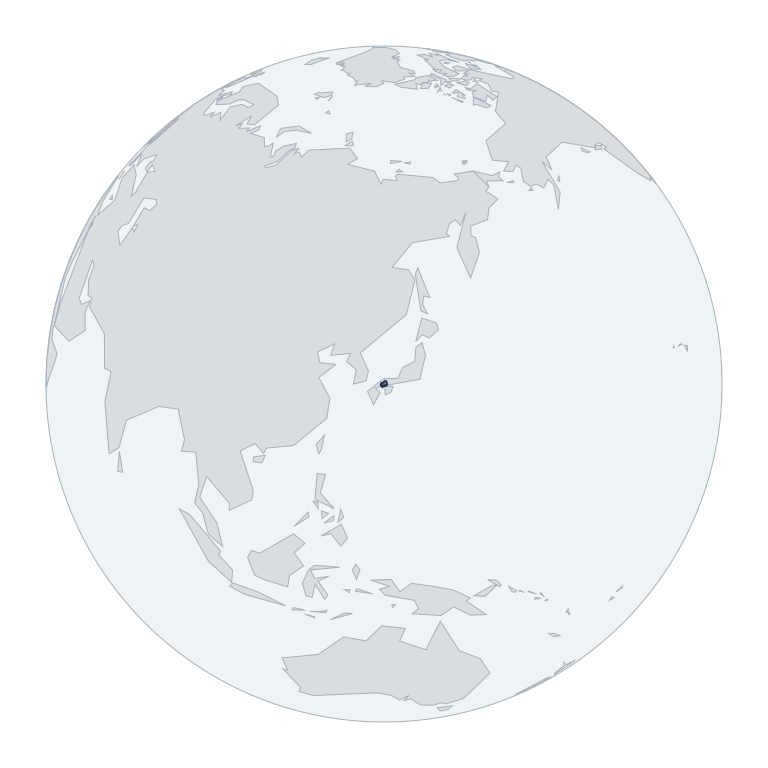 Hiroshima on an orthographic globe
{"feature_id": "JPN-1821", "entity_name": "Hiroshima", "entity_type": "Prefecture", "adm_level": 1, "iso_a3": "JPN", "parent_name": "Japan", "parent_adm1": "", "projection": "orthographic", "projection_center": [132.763, 34.576], "detail": "fine", "context": "on_globe", "style": "filled", "palette": "slate", "viewbox_px": 768, "rotation_deg": 0, "n_neighbors": 0, "source": "natural_earth", "source_scale": "10m", "svg_char_len": 13257}
<svg xmlns="http://www.w3.org/2000/svg" viewBox="0 0 768 768"><circle cx="384" cy="384" r="338" fill="#eef3f6" stroke="#a8b0b8"/><path d="M622.4,586.1L622.2,587.7L621.8,588.1L622.4,586.1ZM650.3,176.0L649.4,175.1L651.9,178.0L656.2,183.8L650.3,177.5L650.5,180.8L635.2,171.5L603.9,148.9L606.6,147.2L598.7,142.7L594.9,145.0L594.3,147.7L562.2,142.1L546.0,156.9L551.8,169.7L541.9,161.3L560.2,192.1L558.4,209.4L553.8,185.1L548.1,179.3L543.6,188.0L536.8,184.0L530.7,186.3L523.1,181.0L520.9,168.3L516.0,164.9L513.0,171.5L503.5,171.0L508.6,161.7L492.4,160.2L485.9,140.7L505.7,123.5L495.5,111.6L498.4,92.1L491.5,90.9L488.3,84.0L479.1,80.4L482.3,78.7L472.3,77.4L471.2,79.8L466.4,80.2L460.9,78.5L464.0,75.7L467.1,76.1L465.2,74.5L469.1,74.0L464.0,73.3L468.4,70.7L456.0,71.0L452.7,67.0L457.8,65.9L467.7,69.1L504.2,77.3L512.4,78.7L514.0,76.8L494.9,65.9L499.6,66.9L498.3,66.0L490.9,63.5L489.3,63.6L475.2,59.7L474.9,61.1L469.1,60.1L464.5,61.1L454.0,58.0L446.2,54.7L449.4,54.0L446.1,52.8L433.9,51.6L431.1,49.5L422.8,48.3L446.8,52.0L470.6,57.4L493.9,64.4L516.6,73.2L538.6,83.5L559.9,95.5L580.2,108.9L599.5,123.7L617.7,139.9L634.7,157.4L650.3,176.0ZM687.2,351.2L684.4,345.1L687.7,345.7L687.2,351.2ZM681.6,343.6L682.8,345.2L681.6,344.3L681.6,343.6ZM680.0,344.5L681.1,343.9L680.1,345.3L680.0,344.5ZM678.1,346.6L679.0,345.1L679.0,345.6L678.1,346.6ZM674.3,347.6L673.2,347.7L673.8,345.7L674.3,347.6ZM595.1,149.8L595.6,145.6L601.5,145.4L601.9,149.2L595.1,149.8ZM582.8,151.4L581.1,147.8L590.0,151.8L588.3,152.6L582.8,151.4ZM557.4,180.3L559.0,175.5L559.8,181.7L557.4,180.3ZM531.3,187.6L532.9,190.4L529.1,190.5L531.3,187.6ZM470.6,62.9L467.7,62.0L470.1,62.3L470.6,62.9ZM471.5,64.4L476.4,65.4L477.5,66.3L474.5,65.7L471.5,64.4ZM513.8,182.7L507.0,182.4L513.5,180.4L513.8,182.7ZM465.2,63.2L478.9,67.8L480.7,69.4L470.7,68.8L465.2,63.2ZM502.9,180.7L486.6,181.0L488.9,186.9L473.1,171.0L492.2,175.6L499.8,172.0L498.6,177.0L502.9,180.7ZM473.2,81.3L474.1,78.7L478.4,82.5L473.2,81.3ZM477.1,83.8L497.0,96.6L492.9,100.2L487.1,94.9L485.8,101.5L473.9,96.8L472.0,92.2L477.0,90.6L468.6,90.2L477.1,83.8ZM466.9,162.7L462.6,161.1L466.7,160.4L466.9,162.7ZM464.8,80.7L469.2,82.7L466.0,85.9L456.5,82.5L460.6,82.5L464.8,80.7ZM491.2,105.7L487.1,107.9L476.4,104.6L473.4,105.1L473.3,97.1L491.2,105.7ZM458.6,80.9L451.9,80.8L448.4,77.9L460.3,79.0L458.6,80.9ZM469.1,88.3L467.1,89.7L465.1,87.7L469.1,88.3ZM432.4,68.7L437.7,70.4L436.5,72.1L432.4,68.7ZM449.6,81.0L450.8,82.0L450.9,83.0L445.9,82.4L449.6,81.0ZM465.7,95.6L462.1,93.9L465.2,98.6L457.3,96.8L458.7,92.0L454.8,93.3L452.4,92.8L456.2,89.5L465.7,95.6ZM441.1,85.1L440.1,79.0L430.5,75.1L431.4,73.3L446.7,80.1L441.1,85.1ZM449.6,87.9L444.5,85.6L448.2,84.3L453.9,85.0L449.6,87.9ZM451.5,97.5L463.2,101.5L462.5,102.5L451.5,97.5ZM437.6,84.1L437.9,85.6L436.5,83.9L437.6,84.1ZM446.4,93.5L450.7,94.7L449.7,95.7L446.4,93.5ZM435.0,87.9L434.7,85.8L438.5,86.1L435.0,87.9ZM439.6,90.7L437.3,91.9L440.1,87.4L441.7,91.0L439.6,90.7ZM444.8,94.3L445.7,95.3L443.2,93.7L444.8,94.3ZM420.4,88.4L423.0,82.8L431.6,83.3L427.9,88.6L420.4,88.4ZM117.0,176.9L116.7,177.3L119.3,174.8L102.4,201.8L97.8,215.1L114.7,200.2L122.3,177.7L134.0,164.9L136.2,174.9L131.1,196.5L135.5,192.3L147.4,172.1L155.1,171.4L152.6,164.9L147.0,171.7L145.3,168.3L150.3,162.0L152.8,161.7L156.8,154.5L143.7,159.0L136.7,166.4L141.9,153.8L130.6,165.3L128.9,165.4L147.2,146.2L152.2,142.4L179.0,118.6L174.2,121.2L148.6,144.3L152.6,139.8L146.0,144.9L154.2,137.5L183.4,113.0L194.0,104.6L193.9,104.6L212.9,92.6L215.1,91.4L232.9,81.9L224.4,86.5L228.9,84.5L221.6,89.1L224.2,90.5L218.7,95.5L232.3,91.8L231.3,94.2L223.6,95.4L215.3,99.5L203.2,113.9L204.5,115.4L214.3,112.3L209.7,117.2L220.8,112.4L219.9,120.4L230.2,107.0L241.9,104.4L248.3,107.5L254.0,104.6L243.7,99.7L237.9,100.0L230.0,104.0L215.9,104.7L217.4,100.9L239.1,92.1L243.5,86.3L258.5,83.2L277.1,96.4L278.5,105.0L254.5,124.8L247.0,123.9L251.8,115.9L235.8,125.8L242.6,123.7L238.9,128.3L249.1,128.0L247.0,131.3L260.5,125.8L259.0,129.9L250.4,133.3L264.3,137.6L264.5,146.5L268.7,146.0L273.2,143.0L270.4,156.9L273.7,156.0L275.8,151.0L283.6,146.2L296.3,143.4L294.7,148.4L289.9,150.0L277.3,161.5L264.7,166.0L265.4,167.8L275.9,165.2L291.2,151.0L299.3,148.1L293.1,155.0L296.0,152.2L299.5,152.3L301.5,157.3L308.8,150.1L349.7,148.1L357.6,158.6L347.5,164.3L374.4,171.1L381.1,184.3L383.1,179.4L397.3,180.6L395.4,176.3L397.4,174.2L433.0,177.5L440.0,182.9L457.6,180.6L458.6,178.3L454.3,174.0L473.1,171.0L488.9,186.9L485.8,191.1L497.9,199.0L489.1,207.9L487.4,219.6L470.8,226.1L470.9,235.5L475.7,237.6L479.4,252.7L470.6,277.9L456.8,247.9L465.9,212.3L460.4,225.5L455.4,220.0L449.6,223.4L446.3,233.5L449.7,236.2L412.5,242.7L392.0,267.5L408.6,269.7L415.0,280.1L406.2,314.7L360.3,352.9L368.4,370.7L366.3,380.7L353.5,384.1L356.2,369.5L346.8,361.7L350.3,353.4L330.6,355.4L334.8,343.8L317.5,351.9L319.8,362.6L335.6,364.5L318.8,377.6L329.9,398.1L326.8,418.2L293.6,445.5L266.3,448.1L263.7,453.6L255.1,443.5L240.2,451.0L253.3,490.5L251.7,499.9L229.2,510.4L229.3,503.3L206.6,476.5L199.7,497.1L216.8,522.8L222.6,546.2L208.3,534.1L202.7,513.1L194.7,503.0L198.8,484.6L195.8,452.2L181.5,451.2L184.5,439.7L178.2,409.1L158.6,406.5L126.4,420.2L118.9,447.8L109.1,453.8L104.9,401.7L111.1,371.6L104.5,368.2L104.4,333.9L89.5,306.8L91.9,297.6L88.1,295.5L88.7,279.8L94.2,265.5L92.5,260.1L79.2,298.2L81.5,304.4L89.8,300.7L85.1,312.3L85.1,330.4L68.9,341.3L54.3,325.5L60.5,303.3L88.8,229.2L92.2,224.9L92.6,224.2L93.5,222.9L88.2,228.8L95.7,215.7L72.3,261.5L65.1,278.5L54.0,326.1L53.1,327.3L51.9,339.7L57.0,353.3L55.4,359.8L48.3,380.1L46.1,388.0L46.7,362.8L49.3,337.8L53.6,312.9L59.9,288.5L67.9,264.6L77.7,241.4L89.1,218.9L102.3,197.4L117.0,176.9ZM117.9,231.3L119.9,245.3L132.5,227.5L134.3,231.7L137.9,224.4L133.4,226.2L144.2,207.8L150.0,210.5L156.6,204.4L156.2,199.5L144.0,197.9L128.4,223.6L122.2,225.5L117.9,231.3ZM260.7,71.3L254.0,74.1L250.5,74.8L257.5,70.9L262.6,69.6L260.7,71.3ZM245.2,78.2L264.9,72.0L261.3,74.9L260.0,74.2L255.6,76.7L252.4,76.4L229.8,86.3L225.3,87.7L240.7,78.3L238.1,80.2L244.8,77.0L245.2,78.2ZM321.2,58.3L329.7,57.7L311.0,64.5L305.3,64.4L311.9,59.9L322.5,57.4L321.2,58.3ZM444.8,62.1L449.3,62.9L448.4,63.5L444.0,63.3L444.8,62.1ZM435.0,69.3L424.5,59.8L429.1,60.0L417.5,55.2L425.0,54.2L432.3,57.1L429.3,53.3L438.9,55.6L435.6,53.1L451.0,59.8L459.4,62.4L447.1,59.8L440.0,60.5L439.5,61.6L444.3,66.9L459.0,73.7L454.3,76.2L447.0,76.3L442.8,75.0L447.2,73.6L438.3,73.0L441.5,70.0L435.0,69.3ZM365.0,86.3L371.9,83.2L354.6,85.2L357.7,80.7L355.5,81.3L353.5,77.9L347.4,75.1L350.3,73.3L346.6,73.0L345.3,71.1L341.3,70.3L345.0,67.0L340.4,65.9L344.8,65.1L335.9,64.1L344.2,63.5L343.3,61.6L335.7,63.2L365.9,51.9L372.1,49.0L372.7,47.4L386.9,47.6L395.5,49.8L399.4,53.7L391.4,57.0L399.3,56.9L397.8,58.7L392.1,58.0L399.9,60.2L397.2,61.6L400.6,67.6L413.5,70.9L415.1,73.6L408.7,73.0L414.8,76.1L403.7,77.0L404.6,79.1L394.6,82.6L381.7,80.9L383.6,83.5L376.1,86.7L365.0,86.3ZM417.3,89.2L401.2,87.3L394.9,84.3L415.0,79.7L415.7,77.7L428.4,75.5L437.2,80.3L432.7,80.4L430.5,81.6L428.6,79.6L428.4,82.2L422.3,82.6L420.5,84.8L415.8,83.5L417.3,89.2ZM154.2,136.4L151.3,139.3L148.0,142.9L143.8,146.6L154.2,136.4ZM168.1,124.0L173.9,119.4L172.1,121.0L164.5,127.1L167.2,124.8L168.1,124.0ZM177.6,117.1L172.6,120.6L177.2,117.1L177.6,117.1ZM222.6,97.0L221.5,98.9L218.8,100.1L216.5,100.3L222.6,97.0ZM314.5,94.2L319.4,92.2L320.7,92.9L332.7,91.9L331.4,95.5L323.7,97.6L314.5,94.2ZM112.3,199.6L109.8,199.3L112.2,195.4L112.5,196.2L112.3,199.6ZM124.6,170.8L118.7,179.5L123.6,171.7L124.6,170.8ZM315.1,98.0L320.2,97.0L316.4,99.5L315.1,98.0ZM331.1,98.3L327.7,101.2L332.7,95.9L331.1,98.3ZM304.5,613.9L314.9,616.9L314.6,618.0L304.5,613.9ZM293.7,607.5L305.2,610.3L291.9,609.7L293.7,607.5ZM309.8,611.4L321.6,611.3L326.7,610.2L326.0,612.5L309.8,611.4ZM285.9,605.9L245.2,594.5L229.6,586.2L232.9,583.0L258.2,592.0L285.9,605.9ZM231.7,582.4L208.3,561.1L179.4,508.9L189.7,514.5L220.6,551.3L218.5,554.6L232.6,570.0L231.7,582.4ZM289.7,575.3L287.6,586.8L264.8,579.9L254.6,575.1L247.6,557.4L251.5,550.5L259.7,553.2L293.6,533.8L305.0,543.4L294.1,552.8L303.6,565.9L289.7,575.3ZM119.4,451.3L122.6,472.2L117.7,471.4L119.4,451.3ZM308.9,516.7L294.2,526.3L308.1,512.1L308.9,516.7ZM318.0,502.1L318.1,508.8L313.2,501.3L318.0,502.1ZM261.9,462.8L253.1,461.7L253.6,456.8L265.2,455.5L261.9,462.8ZM324.3,435.2L321.4,449.4L318.8,453.8L316.1,444.3L324.3,435.2ZM311.4,133.3L296.0,130.2L284.1,131.6L276.1,137.5L280.9,128.3L299.2,126.1L311.4,133.3ZM345.2,145.5L352.1,141.1L353.6,144.5L352.2,146.0L345.2,145.5ZM346.2,141.7L346.4,133.8L353.2,132.4L351.7,138.9L346.2,141.7ZM330.0,114.1L325.6,112.8L328.8,110.6L330.0,114.1ZM545.8,678.4L551.0,676.5L541.7,682.2L528.3,689.2L514.5,695.0L545.8,678.4ZM440.3,711.0L437.2,707.7L452.4,705.8L448.4,709.4L440.3,711.0ZM555.3,672.6L563.4,666.3L564.0,662.1L566.1,664.7L575.5,660.0L554.4,674.7L555.3,672.6ZM376.8,692.8L313.6,695.6L298.9,691.5L300.6,687.5L283.1,668.9L287.7,670.3L282.2,657.9L318.4,654.4L343.6,636.9L366.1,640.9L381.7,625.9L405.5,628.4L399.6,641.0L425.8,649.8L440.3,621.2L459.3,650.7L480.4,658.7L489.9,673.2L463.5,698.5L445.5,704.0L440.7,702.8L433.6,705.1L420.5,705.0L410.5,698.7L403.6,700.8L409.0,695.5L399.6,700.2L391.5,695.4L376.8,692.8ZM548.7,633.6L553.0,633.2L560.6,635.6L553.7,636.7L548.7,633.6ZM611.7,596.7L614.2,597.7L609.5,600.4L611.7,596.7ZM621.8,588.1L616.2,591.7L622.4,586.1L621.8,588.1ZM567.9,612.3L570.3,613.4L568.6,614.5L567.9,612.3ZM566.1,612.2L568.2,608.7L568.3,611.6L566.1,612.2ZM544.6,601.1L546.9,599.0L548.1,600.0L544.6,601.1ZM330.2,619.7L344.3,613.2L352.4,613.5L330.2,619.7ZM540.8,598.4L534.6,599.2L535.1,597.4L540.8,598.4ZM540.9,594.4L540.0,592.1L544.3,596.9L540.9,594.4ZM528.8,591.0L536.5,594.1L528.0,591.7L528.8,591.0ZM524.4,592.3L519.0,591.1L519.4,590.3L524.4,592.3ZM466.4,601.2L486.2,614.5L470.9,615.2L453.5,606.9L441.1,615.5L412.3,613.7L418.5,608.6L414.3,600.3L385.3,595.2L379.4,589.2L389.5,586.4L370.8,580.1L391.2,579.5L399.9,591.6L411.5,583.3L432.4,586.2L453.1,590.0L470.3,597.8L466.4,601.2ZM391.9,604.4L395.5,604.6L392.5,607.7L391.9,604.4ZM508.7,586.3L516.6,590.7L515.7,592.2L512.0,591.8L508.7,586.3ZM474.2,595.7L492.5,585.3L496.9,585.1L484.9,596.4L474.2,595.7ZM487.7,579.6L496.5,580.2L501.3,585.0L499.5,586.6L487.7,579.6ZM350.1,589.7L349.4,592.7L344.2,589.6L350.1,589.7ZM356.8,588.7L372.7,593.9L355.4,591.2L356.8,588.7ZM310.4,570.0L314.8,578.5L328.7,576.2L318.1,581.2L327.9,595.2L324.8,599.2L315.0,584.3L312.2,597.3L306.1,595.8L302.4,583.5L308.3,570.2L314.5,565.3L339.8,567.2L310.4,570.0ZM356.5,579.5L352.4,570.0L355.6,564.4L360.0,569.7L356.5,579.5ZM340.9,546.2L330.7,533.6L320.9,536.0L341.4,524.3L347.6,538.3L340.9,546.2ZM333.2,520.8L324.0,523.0L334.0,515.7L333.2,520.8ZM322.0,518.9L321.6,510.9L328.5,513.3L322.0,518.9ZM337.9,522.0L340.7,509.2L343.7,517.5L337.9,522.0ZM320.3,493.0L334.2,508.7L315.0,499.4L317.1,473.5L325.5,474.6L320.3,493.0ZM385.3,395.0L384.8,387.0L393.2,386.4L391.1,392.1L385.3,395.0ZM420.0,379.3L395.2,383.7L375.3,388.0L380.2,392.4L373.5,404.8L367.5,391.3L383.3,378.9L398.0,378.2L402.6,367.5L414.8,361.5L415.8,347.6L421.9,342.4L425.5,355.0L420.0,379.3ZM415.7,341.7L421.9,317.9L436.5,323.2L438.4,329.5L429.4,338.0L422.2,334.7L415.7,341.7ZM427.6,313.9L420.8,310.7L415.3,274.1L417.8,267.9L429.7,297.3L423.8,296.0L422.6,304.5L427.6,313.9ZM462.7,164.0L462.7,161.4L465.5,163.9L462.7,164.0ZM396.0,171.9L399.2,169.4L402.4,172.0L396.0,171.9ZM409.8,164.1L404.0,162.8L410.8,162.1L409.8,164.1ZM390.8,160.5L402.0,161.3L390.3,163.6L390.8,160.5Z" fill="#d9dde1" stroke="#a8b0b8" stroke-width="1"/><path d="M387.3,384.6L387.2,384.6L387.2,384.8L386.8,385.3L386.7,385.4L386.6,385.5L386.4,385.4L386.5,385.4L386.7,385.2L386.4,385.1L386.5,385.0L386.5,384.9L386.4,384.9L386.3,385.2L386.2,385.3L386.1,385.5L385.9,385.7L385.8,385.8L385.7,385.9L385.5,385.5L385.7,385.4L385.7,385.5L385.8,385.5L385.9,385.3L386.0,385.3L385.9,385.2L385.7,385.1L385.6,385.3L385.4,385.4L385.2,385.5L384.7,385.5L384.4,385.7L384.2,385.7L384.1,385.8L384.1,386.0L383.8,386.0L383.7,386.1L383.3,386.2L383.2,386.1L383.0,386.3L382.9,386.2L383.0,386.1L382.9,386.0L382.8,385.8L382.8,385.7L382.7,385.7L382.8,385.6L382.7,385.5L382.8,385.5L382.8,385.4L382.7,385.3L382.4,385.3L382.3,385.2L382.2,385.2L382.0,385.3L381.8,385.5L381.4,386.0L381.5,386.3L381.4,386.3L381.3,386.2L381.1,386.1L380.9,385.9L380.6,385.3L380.6,384.8L380.5,384.7L380.5,384.4L380.8,384.1L380.9,383.9L380.9,383.7L381.0,383.5L381.0,383.4L381.0,383.2L381.3,383.0L381.4,382.9L381.5,382.8L381.8,382.8L382.0,382.8L382.3,382.8L382.3,382.7L382.5,382.7L382.8,382.7L383.1,382.6L383.5,382.5L383.6,382.4L383.5,382.2L383.4,382.2L383.5,382.1L383.6,381.9L383.8,381.8L383.9,381.7L384.2,381.3L384.3,381.2L384.5,381.0L384.8,381.1L385.1,381.0L385.3,381.1L385.6,381.1L385.8,381.1L386.3,381.1L386.6,381.5L386.6,381.9L386.6,382.0L386.7,382.3L386.9,382.7L386.9,382.8L386.9,383.0L387.0,383.3L387.1,383.6L387.1,383.8L387.1,384.0L387.3,384.3L387.3,384.5L387.3,384.6ZM383.0,387.0L382.9,386.9L382.6,386.9L382.7,386.7L382.8,386.6L382.7,386.5L382.7,386.4L382.8,386.4L383.0,386.4L382.9,386.5L383.0,386.6L383.0,386.8L383.1,386.7L383.1,386.8L383.0,387.0ZM384.8,385.8L384.8,385.7L384.8,385.8L384.8,386.0L384.7,386.1L384.4,386.1L384.5,385.9L384.8,385.8ZM381.9,385.6L382.0,385.6L381.9,385.8L381.7,386.0L381.6,385.9L381.7,385.7L381.8,385.6L381.9,385.6ZM383.9,386.2L384.0,386.3L383.9,386.4L383.9,386.5L383.9,386.4L383.7,386.3L383.7,386.2L383.8,386.2L383.9,386.2Z" fill="#64748b" stroke="#1e293b" stroke-width="1.5"/></svg>